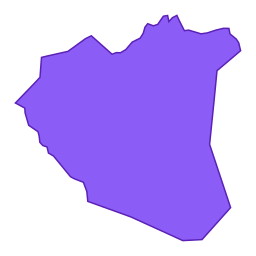 the district of São João do Arraial, Piauí, Brazil
{"feature_id": "56859067B50480600243719", "entity_name": "São João do Arraial", "entity_type": "district", "adm_level": 2, "iso_a3": "BRA", "parent_name": "Brazil", "parent_adm1": "Piauí", "projection": "natural_earth1", "projection_center": [-42.455, -3.821], "detail": "fine", "context": "isolated", "style": "filled", "palette": "violet", "viewbox_px": 256, "rotation_deg": 0, "n_neighbors": 0, "source": "geoboundaries", "source_scale": "gbopen_adm2", "svg_char_len": 793}
<svg xmlns="http://www.w3.org/2000/svg" viewBox="0 0 256 256"><path d="M202.0,239.6L230.6,207.6L223.4,185.9L209.6,144.4L214.0,101.4L217.0,70.7L240.6,50.7L238.7,42.8L236.3,39.1L230.0,33.9L228.9,28.4L223.5,28.3L215.9,30.1L207.4,32.9L201.0,33.8L188.6,30.1L184.4,30.7L179.1,20.3L176.9,15.4L172.4,17.7L168.9,21.6L167.6,15.5L163.4,16.2L157.7,24.4L153.4,25.8L147.7,23.7L145.0,27.1L143.2,33.3L140.2,38.1L132.2,42.1L125.8,49.6L120.4,52.8L116.4,52.6L112.0,54.2L91.3,35.8L85.4,38.7L67.9,51.4L48.6,55.7L41.5,57.4L40.0,77.3L34.5,83.2L15.4,103.0L24.8,108.1L25.1,112.9L28.7,125.3L38.0,131.7L39.1,135.9L39.9,142.4L42.9,145.6L47.0,146.9L48.5,153.1L53.4,155.9L70.5,176.7L74.2,178.7L83.4,182.3L86.8,191.4L87.8,201.4L130.8,216.9L182.8,240.6L202.0,239.6Z" fill="#8b5cf6" stroke="#5b21b6" stroke-width="1.5"/></svg>